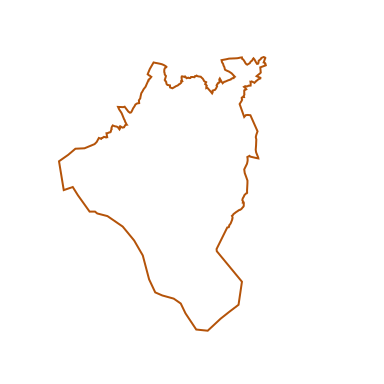 outline of Orumba North, Anambra, Nigeria, rotated 158°
{"feature_id": "59680162B54356159238049", "entity_name": "Orumba North", "entity_type": "district", "adm_level": 2, "iso_a3": "NGA", "parent_name": "Nigeria", "parent_adm1": "Anambra", "projection": "natural_earth1", "projection_center": [7.117, 6.122], "detail": "fine", "context": "isolated", "style": "outline", "palette": "amber", "viewbox_px": 384, "rotation_deg": 158, "n_neighbors": 0, "source": "geoboundaries", "source_scale": "gbopen_adm2", "svg_char_len": 6042}
<svg xmlns="http://www.w3.org/2000/svg" viewBox="0 0 384 384"><g transform="rotate(158 192 192)"><path d="M191.1,70.0L179.3,90.1L191.2,127.8L190.6,129.9L172.6,145.9L171.1,145.6L170.2,146.6L170.0,147.2L169.5,147.4L168.0,148.3L165.0,151.4L164.9,151.9L164.5,152.2L164.0,153.0L163.8,154.2L163.9,154.9L162.5,155.4L161.8,156.0L160.2,156.4L158.5,156.9L156.7,157.2L155.5,157.6L154.5,157.4L154.1,157.6L153.7,157.5L152.4,157.8L151.2,158.5L150.9,158.7L150.6,158.8L150.2,158.9L149.8,159.2L149.5,159.4L149.2,159.8L148.9,160.5L148.7,161.0L148.6,161.3L148.3,161.8L148.0,162.8L148.9,163.1L148.7,163.5L148.5,163.8L148.3,164.1L148.2,164.6L148.3,164.9L148.4,165.4L148.3,165.5L148.2,165.9L147.6,166.7L147.3,167.1L146.5,167.7L146.0,168.1L145.4,168.6L144.7,169.4L144.2,169.6L143.6,169.9L143.1,170.1L142.3,170.4L142.0,170.4L141.6,170.3L141.2,170.6L140.9,171.5L140.2,173.2L137.3,179.4L136.3,181.8L136.1,186.1L136.0,189.8L135.1,193.4L131.2,196.9L130.4,197.6L129.4,199.1L128.7,200.2L128.0,201.9L127.6,203.7L126.7,203.8L125.5,203.9L125.2,204.0L125.0,203.7L125.0,203.4L124.9,203.1L120.2,199.8L117.9,198.3L117.7,199.2L117.7,204.7L117.1,207.3L115.2,211.1L112.7,216.6L112.3,219.0L110.9,221.0L108.5,223.7L109.1,241.3L111.3,242.5L113.3,243.1L115.5,242.0L114.9,255.7L112.0,257.8L111.0,258.7L111.1,259.1L110.9,259.6L110.8,260.2L110.6,260.7L110.3,260.7L110.1,260.8L109.7,261.1L109.4,261.0L109.1,260.9L108.5,260.6L108.2,260.5L108.1,261.3L108.0,261.9L107.7,262.1L107.3,262.3L107.1,262.6L106.9,262.8L106.9,263.0L106.7,263.4L106.7,263.6L106.7,263.8L106.5,264.1L106.3,264.6L106.0,265.3L105.8,266.0L105.7,266.3L105.2,266.8L104.7,266.7L104.3,266.8L103.2,266.9L103.6,268.4L104.4,270.0L103.8,270.1L103.2,270.2L102.9,270.1L102.2,269.7L101.5,269.3L101.2,269.3L100.4,269.3L99.6,269.4L99.1,269.1L97.8,268.7L97.4,269.5L97.0,270.5L96.8,271.1L96.5,272.3L96.2,272.1L95.3,272.2L94.4,271.2L93.7,270.5L93.2,269.9L93.0,270.1L92.6,270.1L91.3,270.6L90.9,270.9L89.7,271.1L88.8,271.5L87.4,271.7L86.7,271.7L86.1,271.7L85.8,272.3L88.2,274.6L88.7,275.2L87.5,275.6L84.8,276.4L83.8,276.8L83.5,277.0L82.0,282.0L76.8,281.8L76.5,281.8L76.1,281.8L75.9,283.4L76.2,283.6L76.3,283.7L76.1,284.5L76.3,284.8L77.0,285.3L76.0,286.4L74.9,287.7L73.8,288.8L74.1,289.5L75.0,290.3L76.7,290.3L77.4,290.3L77.9,290.0L78.1,289.7L79.4,289.2L81.0,288.7L81.3,288.1L82.1,286.7L82.7,286.2L83.7,286.4L84.0,287.9L84.2,289.2L84.4,291.4L84.9,292.9L85.9,292.4L86.4,291.8L87.4,291.2L88.1,291.1L88.7,290.9L89.2,290.6L89.7,290.1L90.4,289.8L91.6,289.6L93.1,289.4L93.3,289.8L93.7,290.1L94.2,291.6L94.3,292.9L94.6,294.4L94.7,294.8L94.8,295.4L95.2,296.2L95.6,296.6L95.3,298.1L96.8,298.5L99.2,298.9L100.0,299.1L101.8,299.7L107.7,301.8L110.3,302.2L115.2,303.2L115.3,302.5L115.5,301.6L115.5,300.6L115.2,299.5L115.2,298.9L115.4,297.4L115.2,295.7L115.6,293.1L115.0,292.3L114.2,291.4L112.6,289.8L110.8,287.2L109.1,282.8L110.5,282.6L110.8,282.0L111.7,282.3L112.1,282.2L113.0,282.3L113.3,282.2L113.8,281.8L115.2,281.9L116.8,282.0L119.9,281.9L120.7,282.1L122.2,281.6L122.8,281.4L122.8,281.9L123.2,282.7L123.7,286.8L124.5,286.2L124.9,284.7L124.8,283.9L125.1,283.6L125.6,283.6L126.0,283.2L127.3,283.2L128.0,282.4L128.4,282.4L129.3,281.6L129.1,280.7L130.9,279.0L132.4,278.1L134.9,278.3L135.5,276.7L136.4,275.9L136.9,277.6L138.7,282.8L139.1,282.9L139.4,283.0L139.8,283.0L139.5,283.6L139.5,283.9L139.4,284.1L139.2,284.2L138.9,284.6L138.9,284.9L138.5,285.2L138.6,285.4L138.6,285.5L138.8,286.2L138.9,286.4L139.3,286.9L139.4,287.1L137.7,288.5L137.9,288.8L138.5,289.1L138.7,289.5L139.3,290.6L139.3,291.5L139.4,292.3L139.7,293.4L140.2,294.3L140.7,295.6L142.5,296.6L143.6,297.4L144.1,298.2L145.0,298.0L145.7,298.3L146.7,297.5L148.1,298.3L149.8,299.0L150.8,298.3L152.0,298.7L152.6,299.4L154.3,299.5L154.7,300.7L155.1,301.6L155.6,301.2L156.2,301.8L157.2,302.5L157.9,303.0L158.2,303.0L158.7,302.3L159.1,301.1L159.2,300.6L159.3,300.2L159.5,299.8L159.5,298.6L160.5,299.0L160.6,298.9L160.4,298.0L161.1,297.3L161.9,297.1L162.6,296.8L162.9,296.7L163.3,296.7L163.6,296.6L163.9,296.7L164.9,296.2L166.2,296.1L167.6,296.1L168.3,295.9L171.3,295.5L173.1,297.1L173.1,297.5L172.9,298.1L172.5,299.1L173.2,299.5L174.0,300.1L174.5,300.3L175.0,301.1L175.1,301.5L175.1,302.0L174.7,303.7L175.0,304.3L175.1,304.7L174.9,305.0L175.3,306.1L174.1,307.5L172.7,309.3L173.0,310.3L173.2,311.0L173.1,311.8L172.8,312.5L172.8,313.6L171.9,315.7L171.1,316.7L170.1,317.3L169.1,317.3L168.8,317.6L169.3,318.6L169.9,319.4L170.8,320.5L172.0,321.7L173.5,322.8L175.6,324.2L177.5,325.4L178.5,326.1L179.1,326.5L185.1,321.8L189.0,317.8L188.2,316.3L187.5,315.6L187.2,314.9L186.6,314.0L188.5,312.9L189.3,312.7L190.2,312.4L190.3,312.1L190.5,311.5L191.2,311.4L191.8,310.7L193.8,308.8L195.6,307.0L198.4,305.4L200.4,303.7L202.0,302.6L204.0,299.7L204.9,298.2L206.9,296.9L207.7,294.2L209.7,294.7L211.7,294.3L213.2,293.0L215.3,291.6L217.2,289.8L218.3,288.9L219.0,288.6L219.9,288.8L220.9,290.4L222.5,296.3L223.9,296.4L228.7,298.6L228.6,295.9L227.8,292.0L227.7,290.6L227.7,284.7L227.5,283.8L227.6,283.1L227.6,281.3L227.4,280.4L227.4,279.1L227.3,278.8L228.2,279.0L228.6,279.1L229.4,278.6L229.8,278.2L230.2,278.0L230.7,277.5L231.3,277.7L231.9,277.6L232.4,277.8L234.0,279.9L234.4,279.6L234.2,279.1L234.7,278.2L235.2,277.7L235.8,277.2L236.3,279.1L236.5,279.9L237.4,280.9L239.0,281.9L240.1,282.9L240.5,283.4L241.3,282.9L242.0,282.3L242.9,281.2L243.0,280.7L242.9,280.4L243.3,280.0L243.7,279.8L244.1,279.4L244.7,278.3L245.2,278.3L245.8,278.0L246.9,278.3L248.5,278.1L248.8,278.4L249.3,278.5L249.4,277.9L249.8,276.3L249.8,275.9L250.1,274.6L250.7,274.8L250.9,274.7L251.4,274.9L251.5,275.2L251.9,275.3L252.1,275.5L252.4,275.8L252.9,275.9L253.1,276.1L253.7,275.9L254.3,275.9L254.9,275.6L255.7,275.7L255.8,275.9L256.0,275.9L256.4,275.4L258.1,277.0L261.6,274.1L262.3,273.8L264.4,272.9L275.3,272.8L283.9,275.8L293.0,272.8L303.8,270.3L310.2,241.8L300.7,241.3L299.0,231.7L294.3,212.2L289.3,210.2L287.9,207.6L279.4,201.3L269.2,185.9L263.8,168.7L261.4,151.6L264.5,127.1L263.7,112.7L258.3,107.2L248.9,100.0L244.2,92.8L243.5,81.9L239.6,62.9L229.4,57.5L213.0,63.8L202.1,67.0L191.1,70.0Z" fill="none" stroke="#b45309" stroke-width="2"/></g></svg>